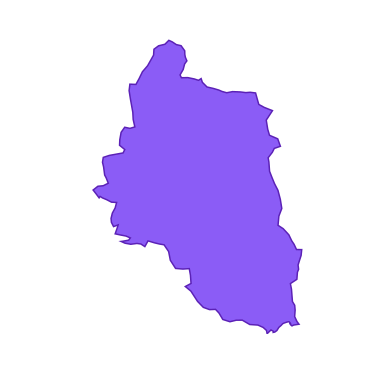 outline of Koili, Paphos, Cyprus, rotated 259°
{"feature_id": "46923920B65827682007345", "entity_name": "Koili", "entity_type": "district", "adm_level": 2, "iso_a3": "CYP", "parent_name": "Cyprus", "parent_adm1": "Paphos", "projection": "mercator", "projection_center": [32.445, 34.867], "detail": "fine", "context": "isolated", "style": "filled", "palette": "violet", "viewbox_px": 384, "rotation_deg": 259, "n_neighbors": 0, "source": "geoboundaries", "source_scale": "gbopen_adm2", "svg_char_len": 2199}
<svg xmlns="http://www.w3.org/2000/svg" viewBox="0 0 384 384"><g transform="rotate(259 192 192)"><path d="M38.7,244.9L38.7,246.5L39.8,248.9L42.5,251.4L44.0,254.0L45.4,255.9L45.8,257.5L46.2,260.4L46.2,262.4L45.0,263.3L44.1,262.9L43.9,263.6L42.8,263.5L41.5,264.6L42.0,266.4L41.8,271.8L44.9,270.3L50.1,269.0L56.4,270.7L61.2,271.2L65.3,269.7L77.6,271.1L83.3,271.1L86.3,278.3L93.2,280.2L95.8,281.9L100.1,282.2L105.3,285.0L108.9,287.0L114.5,288.7L115.6,283.6L121.2,282.2L125.0,280.6L131.5,278.9L138.6,274.5L142.9,270.1L151.8,272.7L158.7,277.0L167.9,277.3L177.2,276.7L184.4,274.6L190.9,273.3L197.5,272.1L206.8,273.2L211.1,273.3L215.6,278.4L219.1,281.1L220.0,287.5L221.2,287.3L227.8,286.3L232.9,278.9L239.1,278.3L248.4,278.6L256.5,286.5L261.3,279.0L265.2,274.3L268.3,274.0L277.1,273.3L278.8,268.1L279.3,263.8L281.0,258.5L282.8,250.9L282.8,245.0L285.0,240.6L287.0,237.7L289.6,232.7L292.2,226.8L297.7,223.1L301.6,222.6L300.4,219.7L302.6,215.7L305.1,209.7L306.2,203.4L309.2,202.6L313.9,206.7L319.1,209.2L321.7,212.0L325.5,211.2L328.3,211.2L332.0,211.8L336.6,209.7L337.7,209.2L339.7,204.7L343.1,201.3L345.3,198.2L342.2,193.6L341.9,187.1L339.4,181.9L333.7,180.4L324.4,172.5L319.5,166.3L313.5,161.8L308.3,157.5L309.7,151.6L303.5,149.6L295.0,149.3L281.5,149.1L274.4,148.1L266.8,148.3L266.3,143.2L268.4,138.3L264.1,133.8L257.1,131.1L251.7,129.8L246.5,134.1L243.5,131.8L243.7,117.8L242.9,111.5L238.3,109.8L233.5,110.0L225.3,109.5L222.4,110.4L216.6,111.5L215.1,106.0L215.6,100.7L212.8,95.3L209.1,97.2L204.0,99.7L205.2,100.9L203.2,103.1L200.8,106.7L197.4,111.0L196.1,116.0L191.0,113.5L186.5,109.8L181.5,107.5L177.6,107.1L173.0,108.4L173.8,113.2L171.1,111.8L165.6,108.6L163.4,113.7L161.4,118.7L158.7,122.7L156.8,120.6L156.9,114.5L157.0,113.0L154.5,116.5L152.4,121.9L152.0,128.1L150.7,131.9L147.4,135.3L152.4,139.5L149.3,145.4L147.2,150.0L145.5,154.5L138.0,157.7L129.1,157.7L120.1,161.3L118.1,168.3L117.3,174.7L110.6,174.6L102.4,173.6L100.5,167.4L94.9,172.0L83.5,176.6L76.6,181.1L73.2,186.8L72.3,192.7L68.0,195.4L61.0,197.9L57.4,204.5L57.7,211.0L56.6,216.9L50.9,223.4L48.8,231.3L45.5,236.0L41.9,238.7L39.0,238.7L38.9,239.2L41.5,243.2L39.8,245.2L38.7,244.9Z" fill="#8b5cf6" stroke="#5b21b6" stroke-width="1.5"/></g></svg>